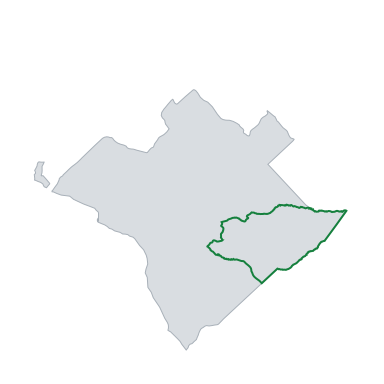 Cuando Cubango highlighted on a map of Angola, rotated 317°
{"feature_id": "AGO-1888", "entity_name": "Cuando Cubango", "entity_type": "Province", "adm_level": 1, "iso_a3": "AGO", "parent_name": "Angola", "parent_adm1": "", "projection": "mercator", "projection_center": [19.423, -15.802], "detail": "fine", "context": "in_parent", "style": "outline", "palette": "green", "viewbox_px": 384, "rotation_deg": 317, "n_neighbors": 0, "source": "natural_earth", "source_scale": "10m", "svg_char_len": 9448}
<svg xmlns="http://www.w3.org/2000/svg" viewBox="0 0 384 384"><g transform="rotate(317 192 192)"><path d="M302.5,183.9L302.9,186.3L303.3,189.7L303.6,192.1L303.9,193.2L304.0,193.8L303.7,194.4L303.4,195.8L302.9,197.1L302.6,198.0L302.9,199.7L302.5,204.6L302.4,207.0L303.1,211.3L303.0,212.7L301.5,216.7L301.1,218.7L301.0,219.7L302.6,222.7L302.5,223.2L301.3,223.4L300.3,223.5L266.4,223.5L266.4,274.7L266.4,279.0L267.5,284.9L269.5,291.2L270.3,291.8L272.3,293.0L275.1,295.4L276.7,297.2L279.9,300.3L284.1,304.3L291.9,311.1L266.0,316.2L256.1,318.0L255.3,318.0L253.8,317.3L250.6,317.1L246.9,318.1L243.9,318.3L241.7,317.9L239.6,317.1L237.5,315.8L233.9,315.4L228.7,315.7L223.8,315.5L219.0,314.6L215.6,314.3L213.5,314.5L211.3,314.2L209.0,313.5L207.0,312.3L204.6,309.7L202.8,307.3L202.3,307.0L201.7,306.6L201.1,306.5L190.9,306.4L128.6,306.3L121.4,306.7L120.9,306.6L120.0,306.3L119.3,305.8L117.3,304.4L115.5,303.3L113.1,301.6L111.5,299.6L110.2,299.0L107.9,298.7L106.1,298.3L104.7,298.3L102.2,299.2L100.3,300.1L99.0,300.9L96.6,301.9L94.6,302.9L91.2,302.8L90.5,302.9L88.6,302.9L86.8,302.0L84.9,302.1L82.9,303.2L80.0,303.6L80.7,296.4L81.4,293.3L81.4,289.5L81.0,279.6L80.5,278.3L80.1,276.7L81.9,275.5L82.8,274.6L84.1,273.0L85.0,270.7L86.0,265.7L89.8,254.2L91.6,242.9L93.8,237.6L94.7,231.7L101.0,224.0L102.6,219.3L105.8,217.0L110.5,214.5L113.8,210.1L115.4,207.1L117.2,201.3L117.2,195.3L118.3,187.2L118.1,184.9L116.3,181.7L116.0,179.4L114.4,177.2L112.7,175.5L111.9,172.5L108.9,167.7L108.1,164.5L106.7,162.2L106.5,159.4L105.7,156.4L104.3,153.5L102.8,150.1L102.8,149.1L103.7,147.8L104.6,147.4L104.3,148.0L103.7,148.8L103.9,149.4L109.4,143.5L109.8,142.3L109.6,141.1L109.5,139.5L109.8,137.6L104.5,126.8L100.4,116.7L99.7,111.6L94.2,105.0L92.0,100.6L90.8,97.6L89.8,96.4L90.2,95.8L91.6,95.7L94.7,95.0L99.1,94.2L103.1,92.5L104.1,91.7L106.2,91.5L108.4,92.0L109.2,91.7L109.6,91.6L114.7,91.6L116.8,91.5L120.7,91.5L123.2,91.7L124.6,91.9L128.3,92.2L133.1,92.1L134.7,92.0L140.9,91.9L152.5,91.7L158.6,91.7L163.2,91.7L165.4,92.3L167.3,93.5L168.2,94.6L168.6,95.1L169.1,96.3L170.2,97.2L170.6,98.6L170.3,100.5L170.4,102.8L171.0,105.5L172.3,108.3L174.2,111.3L175.1,113.6L174.8,115.4L175.4,117.2L176.9,119.1L177.9,120.2L178.5,120.9L180.2,123.9L185.5,132.2L186.3,132.7L187.4,132.5L189.9,132.2L192.3,132.1L194.1,132.8L194.8,132.7L197.4,131.3L200.0,130.8L202.7,130.3L204.2,129.7L205.8,129.7L210.3,130.8L211.1,130.9L214.7,130.9L218.3,130.2L218.9,125.4L218.9,124.5L219.8,122.7L220.9,121.1L221.0,119.6L220.9,117.6L221.7,115.1L224.1,113.2L228.1,112.2L230.3,112.0L233.8,111.5L239.1,110.9L241.1,111.0L241.2,111.3L240.1,114.7L240.1,115.8L240.5,117.0L241.4,117.6L252.0,117.7L262.2,118.1L262.8,118.3L263.2,118.5L263.9,120.2L263.7,123.5L262.7,128.4L263.1,132.9L264.8,137.1L265.0,143.6L263.6,152.4L263.3,157.9L264.1,160.2L265.8,162.6L268.4,165.2L270.3,168.5L271.7,172.5L272.3,175.1L271.9,176.1L271.9,177.9L272.3,180.5L271.9,182.2L270.5,183.1L270.0,184.2L270.7,186.5L270.9,188.5L271.8,189.8L272.5,189.9L273.9,189.2L275.6,187.8L277.0,187.3L278.9,187.3L281.6,187.7L286.3,187.9L287.8,187.6L292.2,185.8L293.4,185.7L295.1,185.8L297.6,186.4L300.1,186.5L301.4,185.9L301.5,185.2L301.9,184.2L302.5,183.9ZM104.2,69.2L103.9,69.5L101.9,70.3L99.8,71.0L97.0,74.1L95.5,75.5L95.1,75.8L93.8,76.5L92.9,77.2L92.9,77.5L93.5,77.9L94.2,78.6L94.1,83.6L93.8,88.6L93.5,89.0L91.7,89.2L89.3,89.5L88.6,89.7L88.3,89.2L87.5,87.4L87.9,85.7L88.4,84.4L87.9,81.8L86.7,79.5L85.4,76.5L85.0,75.9L86.1,75.0L87.7,72.9L88.4,71.8L90.3,71.6L91.0,70.8L91.5,69.6L91.7,68.9L93.8,68.3L96.4,67.3L97.8,66.2L99.2,65.5L100.1,65.4L100.7,65.7L102.4,67.7L103.8,68.9L104.2,69.2Z" fill="#d9dde1" stroke="#a8b0b8" stroke-width="1"/><path d="M266.1,282.6L266.9,283.6L267.6,284.7L267.0,284.7L267.2,284.9L267.3,285.7L267.7,286.1L267.8,286.8L268.4,286.9L268.7,287.1L268.6,287.3L268.5,287.6L268.3,287.9L268.2,288.3L268.2,288.6L268.7,289.6L268.6,290.1L269.1,290.3L269.3,290.4L269.4,291.0L269.5,291.2L271.1,292.5L271.3,292.6L271.5,292.6L271.9,292.4L272.0,292.3L272.3,292.6L272.8,292.7L273.0,292.9L273.1,293.1L273.6,293.8L274.0,293.9L274.2,294.0L274.3,294.2L275.6,296.3L275.8,296.9L276.0,297.1L276.3,297.3L276.8,297.4L277.1,297.7L277.1,298.2L277.2,298.3L277.3,298.4L277.5,298.4L278.6,298.9L278.9,299.0L279.7,299.9L280.0,300.4L280.3,300.9L280.5,301.8L280.7,302.1L280.9,302.3L281.5,302.6L282.2,303.3L282.7,303.6L283.8,304.1L284.7,304.3L284.9,304.5L285.7,305.3L285.8,305.5L285.9,306.0L286.3,306.6L286.7,307.1L287.2,307.5L288.0,307.8L288.2,308.0L288.2,308.3L288.2,308.9L288.4,309.1L288.7,309.2L289.7,309.0L290.2,309.1L290.8,309.3L291.2,309.6L291.5,310.0L291.9,310.3L291.8,310.6L291.8,310.9L291.9,311.1L275.5,314.4L255.9,318.1L255.6,318.2L255.2,317.8L254.6,317.5L253.6,317.2L252.8,316.7L252.5,316.6L251.7,316.7L251.1,316.7L250.8,316.8L250.5,316.9L250.2,316.8L246.9,317.7L246.6,318.2L246.0,318.3L245.5,318.5L245.0,318.6L244.6,318.2L244.1,317.9L243.8,317.8L243.6,318.0L243.2,318.0L242.9,317.9L242.5,317.6L241.8,317.5L241.1,317.6L240.6,317.7L240.4,317.6L239.9,317.2L239.2,316.9L238.3,316.0L237.8,315.8L237.4,315.9L236.7,315.3L236.4,315.2L235.6,315.3L235.4,315.2L234.8,315.7L234.3,315.5L233.8,315.5L233.4,315.6L233.1,315.9L233.0,315.7L232.8,315.8L232.5,315.9L232.0,315.9L231.0,316.0L230.1,315.7L229.5,315.3L226.6,315.3L226.2,315.9L225.9,315.8L225.1,315.5L224.9,315.4L224.7,315.1L224.4,315.0L224.0,315.0L222.9,315.2L219.8,315.3L216.9,314.4L216.6,314.2L215.8,314.3L215.0,314.2L214.7,314.2L214.0,314.5L212.5,314.6L210.1,314.1L208.5,313.3L207.8,313.1L207.5,312.9L207.2,312.4L206.1,311.3L205.6,311.0L205.4,310.9L205.3,310.7L205.2,310.2L204.2,309.4L203.9,309.1L203.3,307.9L202.8,307.7L202.5,306.8L202.3,306.6L202.2,306.3L180.8,306.3L180.8,303.1L180.0,298.9L179.8,297.0L179.8,295.8L180.0,294.5L180.2,293.9L181.0,292.0L181.4,290.5L182.5,289.0L182.8,288.5L183.0,288.0L183.3,286.8L183.2,284.5L182.7,280.9L182.7,278.5L182.5,277.9L182.2,277.3L181.9,277.0L181.1,276.2L178.8,272.0L178.3,271.5L177.3,270.8L176.9,270.4L176.7,269.5L176.4,269.6L176.2,269.5L176.1,269.1L175.9,269.0L175.3,269.0L174.5,268.2L174.1,268.0L174.1,267.9L174.4,267.7L173.7,267.3L173.6,267.1L173.1,266.8L172.9,266.7L173.0,266.4L172.9,265.9L172.8,265.7L172.2,265.5L171.9,265.3L171.7,265.1L171.6,264.9L171.7,264.4L171.1,264.1L170.3,263.1L170.2,262.8L170.1,262.5L170.2,262.4L170.5,262.2L170.4,261.9L170.3,261.6L170.1,261.2L169.9,261.0L169.5,260.4L169.4,260.2L169.3,259.7L169.5,258.7L169.4,258.2L169.3,257.9L168.5,257.0L168.5,256.8L168.8,256.0L169.0,256.0L169.0,255.9L168.6,255.7L167.9,255.5L168.1,255.1L167.7,255.0L167.2,254.8L166.8,254.4L166.6,254.0L166.6,252.4L166.7,251.9L166.6,251.0L166.7,250.2L166.6,249.8L166.3,249.2L166.2,248.9L165.9,247.2L166.0,246.9L166.3,246.7L166.4,245.6L166.5,244.9L166.2,243.7L166.3,243.2L166.3,242.9L166.1,242.4L166.5,242.2L168.4,242.3L169.2,242.2L169.8,241.9L170.4,241.8L170.9,241.8L171.2,242.0L171.8,242.4L172.2,242.6L172.6,242.6L173.0,242.5L173.5,242.2L174.0,242.0L174.5,242.0L174.9,242.2L175.1,242.3L175.3,242.6L175.9,243.6L176.1,244.0L176.3,244.9L176.5,245.3L177.3,246.0L178.2,246.6L178.8,246.9L179.9,247.6L180.4,247.9L180.9,248.0L181.2,248.0L181.5,248.0L181.3,247.7L181.9,246.7L182.0,246.3L182.0,246.0L182.0,245.4L182.1,245.0L183.0,244.3L183.6,243.6L184.2,242.8L184.4,242.6L184.9,242.4L185.0,242.3L185.7,242.4L186.5,242.1L186.8,242.1L187.2,242.1L187.4,242.1L188.3,241.4L188.7,241.3L189.4,240.7L189.7,240.5L189.9,240.3L190.3,239.8L190.4,239.4L190.4,237.7L190.2,237.2L190.2,236.8L190.4,236.5L192.0,236.1L192.6,235.6L192.9,234.9L193.1,234.2L193.6,234.4L197.8,236.7L198.4,236.9L198.9,236.9L199.3,236.8L200.0,236.9L202.3,238.0L203.0,238.3L203.6,238.4L204.0,238.6L205.2,239.5L205.3,239.6L205.6,239.7L205.9,239.9L206.0,240.3L206.7,240.7L207.2,241.2L207.3,241.5L207.4,241.9L207.6,242.2L207.8,242.6L208.1,243.0L208.2,243.3L208.3,243.5L208.1,243.7L208.1,243.9L208.4,244.6L208.4,245.0L208.6,245.4L208.5,245.7L208.6,246.4L208.8,246.7L208.9,247.2L209.2,247.5L209.4,248.0L209.7,248.4L209.8,248.7L210.3,249.4L210.9,249.7L211.2,249.7L212.4,249.2L213.1,249.2L213.8,249.2L215.0,249.5L215.4,249.3L215.5,249.0L215.3,248.2L215.3,247.8L215.4,247.4L215.7,247.2L216.2,246.9L216.7,246.9L217.3,247.1L218.1,247.4L219.7,247.7L221.2,247.6L221.7,247.6L222.0,248.0L222.5,248.7L223.0,249.0L223.3,249.4L223.6,250.5L223.8,250.7L224.1,251.0L224.4,251.5L224.5,252.1L224.7,252.3L224.8,252.5L225.3,252.9L225.5,253.0L225.8,253.5L226.3,253.9L227.1,254.9L228.1,255.7L228.5,256.1L228.8,256.3L229.0,256.6L229.4,256.7L230.0,257.1L230.5,257.8L231.4,258.6L231.8,259.2L233.3,260.0L234.2,260.3L234.9,260.6L235.1,260.7L235.9,260.6L236.5,260.7L238.0,260.9L238.7,260.7L240.1,260.7L240.3,260.8L240.4,260.7L240.7,260.5L241.1,260.3L241.4,260.3L241.9,260.4L242.1,260.4L242.3,260.2L242.5,260.2L242.8,260.2L243.6,260.8L244.3,261.0L245.0,261.1L245.3,261.0L245.4,260.8L245.6,260.7L246.0,260.8L246.5,261.3L246.8,261.3L247.2,261.1L247.6,261.6L247.7,261.9L247.7,262.0L247.9,261.9L248.0,262.0L249.5,263.6L249.9,264.2L250.3,264.8L250.5,265.1L250.8,264.9L251.1,265.0L251.4,265.7L251.6,265.9L251.9,265.8L252.4,265.7L252.8,266.2L253.4,267.3L253.3,267.6L253.4,267.8L253.8,268.2L254.4,268.4L254.6,268.7L254.7,269.0L255.1,268.9L255.4,269.0L255.7,269.2L256.0,270.1L256.2,271.6L256.5,271.9L257.1,272.1L257.3,272.2L257.6,272.8L258.0,273.3L258.2,274.2L258.4,274.5L259.0,275.2L259.4,276.5L259.9,277.0L260.4,277.0L261.0,277.0L261.5,277.1L261.6,277.4L261.6,277.7L261.7,277.8L262.1,277.9L262.3,278.1L262.6,278.8L262.7,279.2L263.2,279.8L263.7,281.0L263.8,281.3L264.1,281.5L265.1,281.9L265.6,282.2L266.1,282.6Z" fill="none" stroke="#15803d" stroke-width="2"/></g></svg>